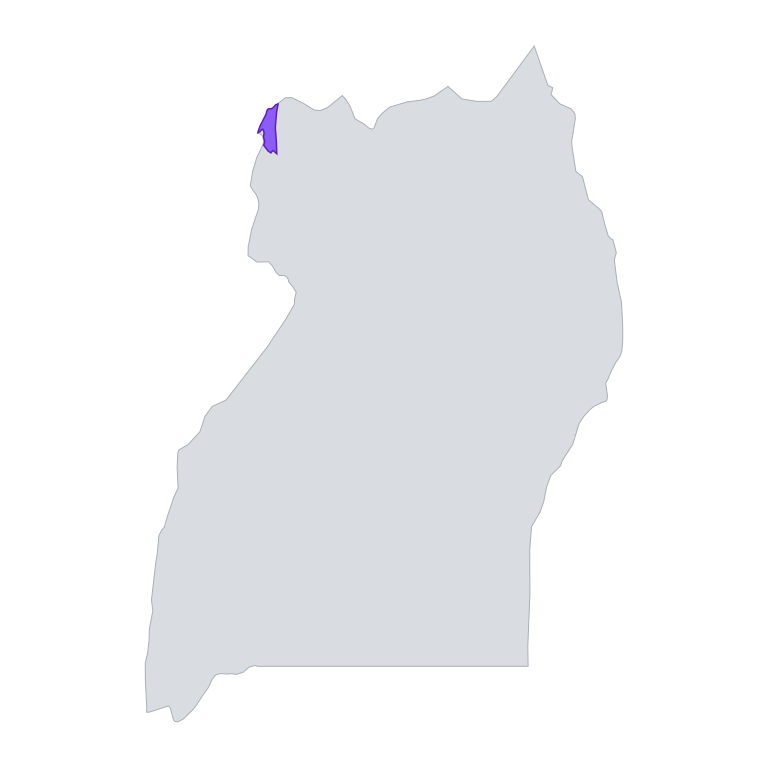 location of Koboko within Uganda
{"feature_id": "UGA-3081", "entity_name": "Koboko", "entity_type": "County", "adm_level": 1, "iso_a3": "UGA", "parent_name": "Uganda", "parent_adm1": "", "projection": "equal_earth", "projection_center": [30.954, 3.522], "detail": "fine", "context": "in_parent", "style": "filled", "palette": "violet", "viewbox_px": 768, "rotation_deg": 0, "n_neighbors": 0, "source": "natural_earth", "source_scale": "10m", "svg_char_len": 2758}
<svg xmlns="http://www.w3.org/2000/svg" viewBox="0 0 768 768"><path d="M528.1,666.3L518.4,666.3L502.7,666.3L487.1,666.3L471.4,666.3L455.7,666.3L440.0,666.3L424.4,666.3L408.7,666.3L393.0,666.3L377.3,666.3L361.7,666.3L346.0,666.3L330.3,666.3L314.6,666.3L298.9,666.3L283.3,666.3L267.6,666.3L258.3,666.3L256.5,666.0L255.2,665.5L249.3,667.0L243.2,672.2L236.6,674.4L229.7,673.5L228.8,674.1L225.3,673.9L220.2,673.6L215.6,675.0L212.1,679.5L208.5,687.3L202.1,696.3L197.1,704.2L192.8,709.9L183.0,719.2L177.7,721.9L175.0,721.5L173.4,719.8L170.3,707.9L168.4,706.0L149.4,712.1L146.5,712.2L146.8,708.5L145.4,680.5L145.2,663.4L147.7,652.7L149.1,640.3L149.3,629.4L152.8,610.9L151.5,599.8L156.0,560.8L157.2,554.4L158.9,535.6L161.8,529.8L164.2,527.5L167.5,516.0L173.7,497.5L178.1,488.0L177.1,467.2L177.8,453.1L178.8,449.9L188.0,444.7L200.0,431.6L205.0,416.3L212.2,406.4L226.0,400.1L267.0,347.3L286.0,318.9L294.3,304.4L294.6,299.2L296.2,292.3L292.9,286.9L288.9,282.1L287.6,277.6L284.2,275.4L279.3,275.5L276.0,272.2L272.3,265.8L268.7,261.8L257.0,262.1L248.1,255.6L248.2,246.7L251.7,229.1L258.5,209.1L258.9,203.5L257.9,198.8L256.3,194.8L253.2,190.7L250.3,185.9L252.6,171.5L256.8,157.4L260.4,150.3L263.8,142.4L262.8,135.9L257.8,132.7L260.4,126.3L265.8,115.6L276.3,104.8L285.4,97.7L291.6,97.6L303.5,103.4L314.3,110.1L320.2,110.5L327.4,107.6L342.3,95.6L345.9,99.5L350.3,106.7L355.0,118.8L364.4,124.3L368.9,128.1L372.1,129.2L373.9,128.2L377.5,118.8L381.8,113.6L389.7,107.1L407.2,101.9L419.8,100.3L425.1,99.2L434.0,96.1L448.0,86.4L461.8,98.9L476.8,101.4L491.3,101.3L495.8,97.5L498.3,94.6L513.5,74.0L534.2,46.1L547.9,85.4L552.7,87.7L552.0,91.1L550.9,94.4L559.9,103.9L571.0,108.8L574.9,113.7L575.3,118.9L571.6,141.9L572.3,148.5L575.9,171.5L582.5,176.7L588.4,199.8L600.2,209.7L601.9,212.5L604.6,223.7L608.3,236.1L611.1,238.9L612.8,239.6L616.3,252.7L614.3,260.0L617.1,282.3L621.5,302.3L622.7,326.1L622.8,336.6L622.6,343.0L621.7,352.0L619.5,357.3L615.8,362.4L611.6,370.4L608.0,379.0L605.7,383.2L607.5,396.0L607.0,399.4L606.0,401.1L600.7,403.0L593.8,406.4L589.7,409.9L583.8,416.4L579.1,423.5L572.8,444.2L562.4,460.4L560.6,465.7L550.8,475.4L546.5,487.3L543.7,501.8L539.9,512.3L531.6,526.6L529.7,549.3L529.9,594.5L527.8,646.1L528.1,666.3Z" fill="#d9dde1" stroke="#a8b0b8" stroke-width="1"/><path d="M270.8,108.7L271.7,108.6L272.9,107.8L275.6,104.9L276.4,104.5L278.1,104.0L276.6,112.0L275.3,127.7L276.3,140.5L276.8,153.8L273.1,150.5L272.0,151.4L270.9,152.9L268.2,151.1L265.9,148.2L263.6,145.1L264.1,144.2L264.6,141.7L264.5,140.3L263.6,137.8L263.5,136.4L264.1,133.1L264.0,132.0L262.9,129.2L261.5,129.8L259.8,131.8L257.9,132.7L258.3,130.9L260.2,125.7L266.0,114.3L266.4,112.9L266.7,111.6L267.1,110.3L268.1,109.1L269.0,108.7L270.8,108.7Z" fill="#8b5cf6" stroke="#5b21b6" stroke-width="1.5"/></svg>